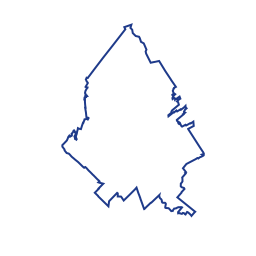 the district of Suseni, Arges, Romania, rotated 167°
{"feature_id": "2599482B85414360920749", "entity_name": "Suseni", "entity_type": "district", "adm_level": 2, "iso_a3": "ROU", "parent_name": "Romania", "parent_adm1": "Arges", "projection": "mercator", "projection_center": [24.957, 44.701], "detail": "fine", "context": "isolated", "style": "outline", "palette": "blue", "viewbox_px": 256, "rotation_deg": 167, "n_neighbors": 0, "source": "geoboundaries", "source_scale": "gbopen_adm2", "svg_char_len": 5194}
<svg xmlns="http://www.w3.org/2000/svg" viewBox="0 0 256 256"><g transform="rotate(167 128 128)"><path d="M104.8,37.7L104.6,37.4L104.4,37.5L104.0,37.3L103.3,37.2L103.1,37.1L102.6,37.8L102.3,38.1L101.1,39.1L100.7,39.0L100.3,39.0L99.4,38.9L99.3,39.0L99.1,39.0L98.9,39.0L98.6,39.1L97.7,39.4L97.1,39.4L96.7,39.5L96.0,39.3L94.4,39.0L94.1,39.0L93.8,38.8L93.5,38.7L93.3,38.6L93.2,38.5L97.0,35.6L98.1,34.8L98.3,33.6L97.7,33.6L97.1,33.4L96.7,33.3L96.7,33.2L96.3,33.0L96.1,32.9L95.9,32.8L95.6,32.6L94.8,32.2L93.7,32.9L93.1,32.7L92.4,32.2L92.1,31.4L91.4,30.8L90.4,31.8L89.9,32.4L89.3,32.9L88.7,32.5L88.2,31.8L88.0,31.7L87.8,31.3L87.4,30.8L86.9,30.0L86.7,29.7L86.4,29.1L86.3,28.9L86.0,28.4L85.9,28.1L83.2,30.1L81.6,31.2L81.4,31.3L95.5,49.3L90.4,53.0L90.2,53.5L86.7,55.9L87.0,57.0L89.1,58.3L89.7,59.4L89.0,62.0L87.7,62.9L86.9,63.8L86.4,66.3L86.3,67.6L82.0,70.7L82.4,71.4L81.4,71.9L83.5,76.4L79.2,79.8L69.2,82.4L68.0,82.8L67.3,83.1L66.9,83.1L66.3,82.5L64.9,83.2L64.6,83.3L63.2,83.5L62.3,83.7L60.9,84.1L60.7,84.2L60.9,84.5L61.5,85.1L61.9,85.5L59.9,85.7L59.9,85.9L60.1,87.1L62.5,93.6L69.6,113.4L69.6,113.6L63.5,115.2L62.9,119.5L65.9,118.3L66.3,118.7L69.6,117.7L70.8,117.4L71.2,118.2L75.0,117.2L75.6,118.0L76.2,120.7L77.2,120.3L77.7,120.9L77.9,121.7L76.9,122.1L78.2,123.5L78.7,124.1L78.6,124.9L70.8,128.8L71.1,129.2L68.9,130.1L69.7,130.8L69.5,131.0L69.7,131.4L68.2,133.1L66.5,134.0L67.2,135.2L67.0,136.6L69.0,135.3L72.3,133.9L72.5,134.4L76.4,133.1L76.9,134.2L79.6,132.8L79.8,133.2L85.9,130.3L85.8,131.4L82.2,133.2L82.0,134.3L81.0,135.3L73.2,139.2L73.4,142.0L74.3,142.9L72.8,143.8L72.9,144.0L70.4,144.8L70.7,147.0L75.7,145.0L75.4,146.1L76.1,146.8L76.7,146.6L76.9,146.7L78.0,146.2L78.0,147.2L76.7,148.6L77.4,150.3L77.0,150.6L76.0,150.2L75.6,149.6L74.4,150.3L75.7,151.8L76.0,154.1L75.0,155.5L75.0,155.8L74.3,156.2L74.2,156.7L72.1,157.3L75.3,165.4L75.3,165.6L78.9,175.2L82.6,186.3L91.2,186.5L93.6,196.4L93.6,196.7L93.6,198.6L92.4,200.2L93.6,206.9L96.0,209.1L96.0,209.8L96.3,212.9L96.7,214.4L99.8,215.9L102.0,219.4L101.8,222.8L103.1,225.0L101.5,227.9L108.9,227.1L108.4,224.8L124.0,212.1L136.3,202.2L148.6,192.0L149.6,191.1L150.4,190.5L151.2,189.8L153.8,187.6L155.1,186.6L155.9,185.8L156.5,186.0L157.0,186.3L157.7,185.2L158.1,184.9L158.0,184.4L157.9,183.3L157.6,182.3L157.1,181.4L157.0,180.9L160.1,177.6L159.5,177.0L158.3,176.6L158.4,176.3L158.9,176.1L160.5,174.4L161.1,173.7L161.7,172.4L162.0,171.8L162.0,171.6L161.7,170.7L162.4,168.9L161.0,169.1L160.8,168.6L160.6,168.2L162.1,168.1L162.1,167.5L163.5,167.4L164.1,165.7L163.5,165.6L164.1,163.1L164.6,159.7L164.8,157.3L165.2,157.4L165.3,155.5L165.5,152.5L166.1,147.7L164.4,146.9L164.2,146.7L164.3,146.3L164.5,146.1L165.2,145.4L165.5,145.9L165.8,146.0L166.7,146.1L167.3,146.1L168.0,146.1L168.4,146.2L169.1,145.0L170.4,143.0L170.7,143.2L172.3,140.6L173.7,138.2L174.1,137.5L175.9,138.3L176.8,139.1L177.7,137.1L178.0,136.7L178.6,135.4L179.3,133.8L180.1,132.6L180.8,131.2L180.7,129.7L180.6,129.0L180.5,128.7L180.9,128.3L181.1,128.6L181.6,128.8L182.0,129.1L182.1,129.4L181.9,129.9L181.9,130.4L182.0,130.9L181.9,131.2L182.1,131.8L182.0,132.0L181.8,132.2L181.5,132.5L181.4,132.6L181.2,132.6L180.9,132.6L180.8,132.8L180.7,133.0L180.7,133.3L180.5,133.8L180.2,134.2L180.0,134.3L179.7,134.8L179.7,135.3L179.8,135.6L180.1,135.7L180.5,135.7L180.8,135.8L180.9,136.0L180.7,136.5L180.9,137.6L181.0,137.8L181.4,137.8L181.7,137.6L182.1,136.7L183.1,136.0L183.3,135.6L183.5,135.5L183.8,135.3L184.2,135.1L184.4,134.9L184.4,134.6L184.2,134.3L184.2,133.8L184.5,133.2L184.8,133.0L185.4,133.1L185.6,133.1L185.9,132.8L186.2,132.8L186.3,132.6L186.6,132.5L187.0,132.8L187.1,133.6L188.2,132.7L189.3,131.0L190.4,129.6L194.2,127.1L195.8,126.1L196.1,124.9L196.1,124.4L195.7,123.7L195.4,122.9L194.7,121.4L194.8,120.8L194.8,120.3L193.4,117.4L191.5,116.4L190.8,115.4L190.1,114.1L189.4,112.8L189.1,112.4L188.7,111.8L188.1,111.1L186.6,109.0L186.4,108.8L186.2,108.5L185.4,107.5L184.3,106.1L182.5,103.3L182.0,102.5L181.8,102.2L181.0,100.9L179.8,99.2L179.6,99.1L178.7,99.6L178.4,99.6L177.9,98.9L177.6,98.5L177.2,97.8L177.1,97.6L176.1,95.7L175.8,95.2L174.8,93.7L173.7,91.9L173.3,91.3L173.2,91.0L172.8,90.4L172.5,90.0L172.0,89.3L171.7,88.7L170.8,87.3L170.6,87.0L170.6,86.9L169.3,84.8L168.3,83.4L167.8,82.5L169.1,81.7L167.8,80.9L166.3,80.2L164.6,79.3L170.3,75.7L170.1,75.4L174.9,72.4L172.4,68.5L172.4,68.1L164.7,56.1L162.9,60.9L153.2,67.2L152.7,66.6L153.1,64.8L153.4,63.6L150.3,62.8L150.0,62.3L148.5,58.3L141.6,62.5L136.8,65.5L134.9,66.7L133.1,68.0L132.7,63.9L132.6,62.7L132.3,60.6L132.2,60.1L132.1,59.1L132.0,58.7L132.0,58.3L131.8,56.9L131.8,56.2L131.6,54.5L131.6,54.4L131.5,54.2L131.5,53.6L131.3,52.2L130.6,46.1L130.5,45.3L130.4,45.3L127.4,47.2L125.0,48.6L122.7,50.0L122.3,49.9L120.2,51.1L119.4,51.6L114.1,54.7L112.6,55.6L112.7,55.4L112.8,54.9L112.8,54.2L112.8,53.5L112.7,52.8L112.6,52.4L112.2,51.8L111.7,51.2L111.5,50.6L111.4,50.1L111.4,49.6L111.4,49.1L111.6,48.5L111.5,48.2L111.3,47.6L111.0,47.4L110.6,47.2L109.8,47.1L109.2,46.9L108.8,46.8L108.5,46.5L108.3,46.0L108.2,45.5L108.4,45.0L108.8,44.2L109.2,43.2L109.5,42.6L109.6,42.0L109.2,41.6L108.7,41.4L107.7,41.1L106.7,40.8L106.4,40.6L106.2,40.3L105.8,39.6L105.4,38.9L104.9,38.0L104.8,37.9L104.8,37.7Z" fill="none" stroke="#1e3a8a" stroke-width="2"/></g></svg>